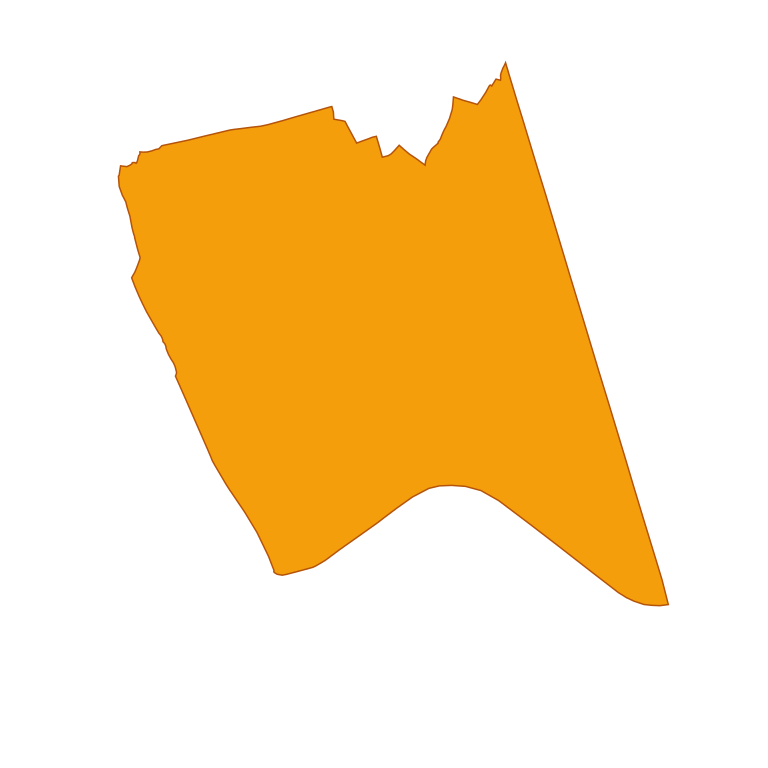 Shomolu, Lagos, Nigeria, rotated 164°
{"feature_id": "59680162B68379866165825", "entity_name": "Shomolu", "entity_type": "district", "adm_level": 2, "iso_a3": "NGA", "parent_name": "Nigeria", "parent_adm1": "Lagos", "projection": "equal_earth", "projection_center": [3.386, 6.541], "detail": "fine", "context": "isolated", "style": "filled", "palette": "amber", "viewbox_px": 768, "rotation_deg": 164, "n_neighbors": 0, "source": "geoboundaries", "source_scale": "gbopen_adm2", "svg_char_len": 2736}
<svg xmlns="http://www.w3.org/2000/svg" viewBox="0 0 768 768"><g transform="rotate(164 384 384)"><path d="M577.1,666.3L581.1,657.6L582.0,657.0L584.1,646.8L583.5,637.7L582.0,630.3L582.2,623.9L582.0,615.3L583.1,603.9L583.3,596.7L583.1,595.3L583.4,592.6L583.7,581.4L583.6,572.7L584.9,570.4L589.7,563.9L592.7,560.2L597.3,555.7L597.2,554.1L596.5,545.9L595.2,535.5L594.1,528.5L592.4,519.2L591.2,514.2L588.0,501.1L586.3,494.7L585.1,492.0L584.7,489.8L584.5,487.6L584.8,485.6L584.0,484.0L583.5,482.6L583.4,481.1L583.3,479.9L583.6,478.6L583.5,476.1L583.0,471.7L581.8,466.4L580.6,462.6L580.0,458.5L580.1,454.8L580.2,452.3L581.0,450.7L582.3,449.1L578.8,423.7L576.7,408.0L576.0,402.8L574.4,390.9L571.6,370.0L570.9,364.3L570.5,361.0L570.3,358.4L569.9,356.3L568.7,351.3L563.5,331.2L561.5,324.5L560.5,321.6L553.2,299.2L547.0,276.3L542.5,250.1L541.5,239.0L541.1,235.1L541.6,234.3L541.6,233.4L541.5,233.1L539.2,230.6L534.6,228.3L530.5,227.9L518.6,227.6L503.0,227.4L499.8,227.9L489.3,230.6L472.9,236.8L428.5,252.4L421.0,255.4L405.3,261.4L387.6,267.6L369.6,271.3L358.8,270.8L346.9,267.9L343.7,266.7L334.0,263.2L320.1,254.8L317.2,251.8L311.1,245.6L305.9,240.3L303.7,237.4L283.3,210.3L261.2,180.4L235.6,145.3L216.2,118.9L209.9,111.9L203.5,106.3L194.9,100.4L187.5,97.4L180.0,94.9L171.5,93.6L170.7,119.0L171.1,144.3L171.8,184.4L172.3,219.2L172.5,242.1L172.9,271.3L173.1,284.8L173.4,304.9L174.0,338.0L174.5,376.5L174.9,406.6L175.0,412.2L175.4,437.9L175.6,455.4L175.7,463.3L176.4,521.3L177.0,550.2L177.7,597.7L177.8,603.5L178.1,618.1L178.5,646.9L178.5,652.6L178.6,655.7L178.6,659.3L180.4,657.2L182.7,654.8L185.4,651.2L186.9,648.6L187.6,645.4L188.3,643.9L192.3,646.2L196.4,642.5L198.3,640.7L198.9,641.8L199.6,642.1L200.7,641.5L205.8,636.3L212.6,630.4L217.2,627.0L223.7,631.2L229.4,634.7L238.1,640.8L241.1,632.8L242.9,628.8L247.9,621.1L253.1,614.7L256.6,611.1L259.7,607.4L262.3,603.9L265.4,601.5L265.5,600.6L271.5,597.8L273.5,596.7L280.2,590.1L282.4,587.1L284.1,583.4L284.2,583.1L284.8,583.8L290.8,591.6L296.3,598.1L300.2,603.9L303.6,609.3L310.1,605.2L313.7,603.2L317.0,602.3L323.1,602.5L323.0,612.2L323.1,624.2L327.2,624.4L331.5,624.0L337.8,623.6L343.9,623.1L344.2,624.6L345.3,629.5L346.6,635.5L347.8,640.9L348.8,645.8L349.1,647.2L351.7,648.7L359.2,652.4L358.3,656.6L357.7,659.3L357.7,665.1L359.4,665.2L379.9,665.2L390.0,665.2L399.9,665.2L407.4,665.1L424.1,665.3L431.6,665.8L441.6,667.5L451.5,669.0L458.2,670.1L462.1,670.6L489.0,671.8L505.2,672.4L521.7,673.6L529.9,674.2L531.9,674.3L535.7,672.1L538.8,672.4L543.0,672.1L547.7,672.3L551.4,673.2L554.7,674.4L555.0,672.9L555.7,671.8L556.9,671.1L559.3,666.8L561.0,664.6L561.8,664.7L562.3,665.5L564.9,666.2L565.7,665.1L567.8,664.4L571.2,663.8L577.1,666.3Z" fill="#f59e0b" stroke="#b45309" stroke-width="1.5"/></g></svg>